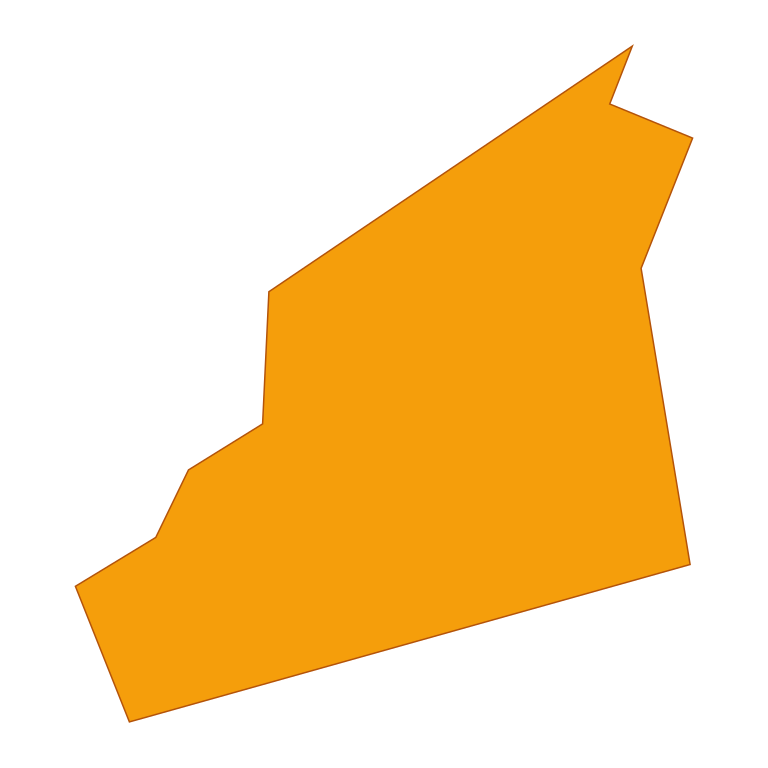 the Municipality of Mengeš
{"feature_id": "SVN-968", "entity_name": "Mengeš", "entity_type": "Municipality", "adm_level": 1, "iso_a3": "SVN", "parent_name": "Slovenia", "parent_adm1": "", "projection": "natural_earth1", "projection_center": [14.55, 46.165], "detail": "fine", "context": "isolated", "style": "filled", "palette": "amber", "viewbox_px": 768, "rotation_deg": 0, "n_neighbors": 0, "source": "natural_earth", "source_scale": "10m", "svg_char_len": 273}
<svg xmlns="http://www.w3.org/2000/svg" viewBox="0 0 768 768"><path d="M75.4,586.3L155.8,537.4L188.5,469.9L262.6,423.9L268.9,291.7L632.3,46.1L609.7,104.0L692.6,138.1L641.1,268.3L690.1,564.5L129.4,721.9L75.4,586.3Z" fill="#f59e0b" stroke="#b45309" stroke-width="1.5"/></svg>